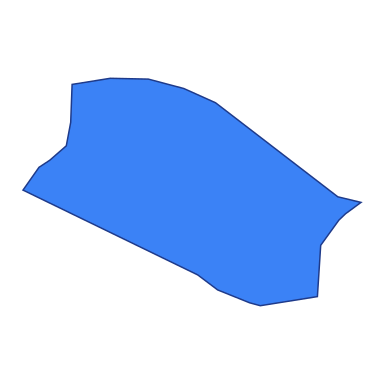 map outline of Jesenice (Equal Earth projection)
{"feature_id": "SVN-258", "entity_name": "Jesenice", "entity_type": "Municipality", "adm_level": 1, "iso_a3": "SVN", "parent_name": "Slovenia", "parent_adm1": "", "projection": "equal_earth", "projection_center": [14.07, 46.444], "detail": "fine", "context": "isolated", "style": "filled", "palette": "blue", "viewbox_px": 384, "rotation_deg": 0, "n_neighbors": 0, "source": "natural_earth", "source_scale": "10m", "svg_char_len": 373}
<svg xmlns="http://www.w3.org/2000/svg" viewBox="0 0 384 384"><path d="M110.2,78.3L148.3,79.1L183.8,88.5L215.6,102.8L337.8,196.8L361.0,202.4L345.6,213.7L338.9,220.1L320.7,245.3L317.4,296.6L260.3,305.7L249.6,302.8L217.6,289.9L197.7,274.9L23.0,190.1L39.0,167.3L49.8,160.2L66.3,145.8L70.7,122.4L72.1,84.4L110.2,78.3Z" fill="#3b82f6" stroke="#1e3a8a" stroke-width="1.5"/></svg>